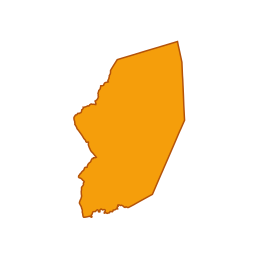 Karachuonyo, Nyanza, Kenya, rotated 118°
{"feature_id": "3690345B83716228169892", "entity_name": "Karachuonyo", "entity_type": "district", "adm_level": 2, "iso_a3": "KEN", "parent_name": "Kenya", "parent_adm1": "Nyanza", "projection": "albers", "projection_center": [34.698, -0.371], "detail": "fine", "context": "isolated", "style": "filled", "palette": "amber", "viewbox_px": 256, "rotation_deg": 118, "n_neighbors": 0, "source": "geoboundaries", "source_scale": "gbopen_adm2", "svg_char_len": 4642}
<svg xmlns="http://www.w3.org/2000/svg" viewBox="0 0 256 256"><g transform="rotate(118 128 128)"><path d="M227.6,125.4L227.4,125.1L227.3,124.7L227.1,124.3L226.8,123.9L226.5,123.5L226.2,123.2L226.0,122.8L225.7,122.5L225.4,122.1L225.1,121.8L224.8,121.5L224.5,121.1L224.3,120.7L223.8,120.3L223.8,119.8L223.9,119.4L224.0,118.8L223.8,118.2L223.1,118.3L222.8,118.8L222.5,119.4L222.1,119.5L221.7,119.5L221.3,119.3L220.8,119.3L220.3,119.3L219.9,119.5L219.3,119.6L218.8,119.6L218.5,119.5L218.1,119.2L217.8,118.8L217.6,118.4L217.3,117.9L217.1,117.6L216.7,117.4L216.3,117.4L215.9,117.3L215.4,117.1L214.9,116.9L214.5,116.5L214.6,115.9L214.8,115.5L215.2,115.2L215.6,115.0L215.8,114.7L215.7,114.2L215.5,113.8L215.2,113.5L214.7,113.7L214.4,114.1L214.0,114.2L213.4,114.3L213.1,114.0L212.5,114.0L212.2,113.7L212.1,113.3L212.1,112.8L212.2,112.5L212.3,112.0L212.0,111.6L211.5,111.2L211.2,110.7L211.0,110.2L211.1,109.8L211.4,109.4L212.0,109.1L212.5,109.0L212.9,109.2L213.4,109.4L213.9,109.2L214.3,108.9L214.1,108.6L213.5,108.2L213.2,107.7L213.2,107.1L213.2,106.4L213.0,106.1L212.6,105.8L211.9,105.0L211.7,104.7L211.3,104.5L210.8,104.7L210.3,104.6L209.9,104.2L209.7,103.7L209.5,103.3L209.5,102.8L209.3,102.5L208.8,102.3L208.4,102.4L208.1,102.5L207.5,102.5L207.2,102.1L206.9,101.8L206.6,101.4L206.3,101.1L206.0,100.9L205.4,100.6L204.9,100.3L204.5,100.0L204.5,99.5L204.2,99.2L204.0,99.5L203.9,99.9L203.5,100.1L203.0,100.4L202.5,100.2L202.1,100.0L201.7,99.9L201.4,100.3L201.2,100.7L200.7,100.7L200.4,100.2L200.1,99.7L200.0,98.9L200.0,98.3L199.7,97.9L199.3,97.6L199.2,97.1L199.2,96.6L199.2,96.1L199.3,95.7L199.3,95.2L199.4,94.8L199.7,94.3L199.6,93.8L199.5,93.3L199.1,93.1L198.5,92.7L198.5,92.3L198.5,91.9L198.5,91.5L198.4,91.1L198.2,90.6L197.7,90.1L193.9,87.5L192.7,86.7L191.4,85.9L188.4,84.0L175.1,75.3L174.5,75.4L173.9,75.4L167.8,75.9L158.4,76.7L153.3,77.1L149.0,77.4L147.0,77.6L143.0,77.9L135.3,78.5L119.2,79.8L108.8,80.7L106.0,80.9L104.0,81.0L101.3,81.2L94.6,81.7L91.8,83.4L81.6,89.5L72.8,94.6L59.4,102.5L56.2,104.5L44.6,111.3L33.1,121.0L31.5,122.4L28.4,124.9L31.1,127.6L47.6,144.3L51.9,148.7L60.9,157.7L63.1,159.9L68.3,165.2L72.7,169.6L79.3,170.1L82.5,170.3L84.4,170.4L85.5,170.4L86.2,170.0L87.0,169.6L87.9,169.2L89.1,169.0L89.9,169.1L90.7,169.1L91.4,168.6L92.3,168.5L93.1,168.1L93.8,168.1L94.4,168.1L95.1,168.0L95.9,167.9L96.5,167.1L97.3,167.8L97.9,168.6L98.5,169.3L99.4,169.8L100.6,169.8L101.7,169.6L102.6,170.3L103.0,171.0L103.6,171.9L104.4,171.5L105.4,171.3L106.0,171.0L106.7,171.0L107.5,171.1L108.5,171.4L109.7,171.1L110.7,170.9L111.7,170.7L112.3,170.0L113.0,169.7L113.8,169.4L114.3,168.7L115.5,168.6L116.5,168.6L117.5,168.6L118.3,169.0L119.0,169.2L119.7,169.7L120.2,169.0L121.0,168.4L121.6,167.7L122.5,167.5L122.8,168.4L123.0,169.2L123.5,170.0L123.9,170.9L124.1,171.9L124.8,172.2L125.5,172.7L126.2,172.7L127.0,173.0L127.3,173.9L127.9,174.3L128.4,174.7L129.2,175.3L129.8,176.1L130.5,176.6L130.7,177.3L131.6,176.8L132.7,176.9L133.7,177.4L134.4,177.1L135.0,176.9L136.0,176.7L136.9,177.0L137.4,177.6L138.1,177.9L138.2,178.4L138.4,178.9L138.8,179.3L139.7,179.3L140.5,179.6L141.1,180.4L142.0,180.6L142.7,180.5L143.6,180.7L144.5,180.5L146.0,179.5L147.0,178.4L147.5,178.0L148.0,177.7L148.9,177.0L149.9,176.5L150.0,176.1L150.2,175.8L150.6,175.1L151.1,174.3L151.8,173.4L152.4,172.8L152.8,172.1L153.1,171.2L155.1,167.1L156.0,165.3L158.1,161.8L158.4,160.8L158.7,160.0L159.1,159.4L159.8,158.8L160.0,157.9L159.5,157.1L159.1,156.3L159.8,155.9L160.6,155.5L161.4,155.2L162.8,153.7L163.6,152.8L164.4,151.7L165.0,151.0L165.6,150.0L166.1,149.2L166.3,148.2L166.6,147.3L167.1,146.1L167.8,144.4L168.2,143.2L168.8,142.2L169.4,142.7L169.9,143.7L170.4,144.4L171.2,144.3L171.6,145.2L172.5,145.3L173.5,145.4L174.6,145.2L175.7,145.2L176.6,145.7L177.6,146.0L178.2,146.1L178.9,146.3L179.8,146.1L180.7,146.1L181.3,145.9L181.8,145.7L182.3,146.2L182.5,146.9L183.0,147.4L183.7,147.6L184.5,147.5L185.4,147.3L186.4,147.4L187.2,147.8L188.1,148.1L189.0,148.3L189.9,148.3L190.5,148.6L191.2,148.8L192.2,148.8L193.3,149.1L194.1,148.8L194.5,148.7L194.7,148.2L194.9,147.7L194.7,147.0L194.6,146.5L194.6,146.1L194.7,145.3L194.9,144.5L195.2,143.8L195.4,143.2L195.6,142.1L196.1,141.4L197.0,141.6L198.0,141.4L198.7,140.8L199.8,140.7L200.7,140.9L201.7,141.1L202.7,141.0L203.6,140.4L205.0,139.8L206.0,139.5L207.0,138.9L208.2,138.2L209.0,137.6L209.5,137.2L210.4,136.8L211.7,136.5L212.6,136.3L213.9,136.3L214.9,136.2L215.6,136.1L216.3,136.0L217.2,135.6L218.1,134.3L218.9,133.2L219.3,132.4L220.5,131.4L221.2,130.6L221.7,130.0L222.6,129.4L223.4,129.1L223.8,128.9L224.6,128.1L225.1,127.7L225.5,127.4L226.0,127.1L226.3,126.8L227.0,126.3L227.6,125.4Z" fill="#f59e0b" stroke="#b45309" stroke-width="1.5"/></g></svg>